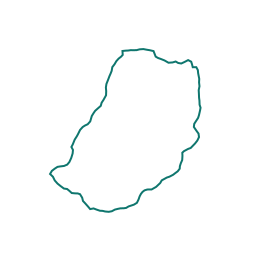 Onda Verde, São Paulo, Brazil, rotated 327°
{"feature_id": "56859067B56132277952557", "entity_name": "Onda Verde", "entity_type": "district", "adm_level": 2, "iso_a3": "BRA", "parent_name": "Brazil", "parent_adm1": "São Paulo", "projection": "robinson", "projection_center": [-49.245, -20.61], "detail": "fine", "context": "isolated", "style": "outline", "palette": "teal", "viewbox_px": 256, "rotation_deg": 327, "n_neighbors": 0, "source": "geoboundaries", "source_scale": "gbopen_adm2", "svg_char_len": 1859}
<svg xmlns="http://www.w3.org/2000/svg" viewBox="0 0 256 256"><g transform="rotate(327 128 128)"><path d="M165.3,60.4L163.4,63.8L161.1,64.4L157.9,64.7L154.6,65.6L151.4,67.2L148.0,68.4L145.4,71.2L143.0,72.9L140.7,74.4L137.3,76.9L133.9,79.3L131.5,82.0L129.8,85.2L127.4,88.6L122.5,91.2L119.7,92.4L117.2,94.6L112.4,95.3L109.8,95.7L107.6,96.6L104.2,98.2L99.9,101.9L96.2,102.9L93.3,102.5L90.5,102.5L86.8,103.5L82.4,106.1L80.3,107.2L77.0,108.7L72.7,111.7L70.2,113.1L69.9,116.4L67.7,119.2L64.1,122.2L60.3,124.6L57.1,125.6L53.7,125.0L50.0,123.2L47.7,122.2L44.4,122.2L40.8,122.5L37.6,124.1L38.5,128.0L38.0,132.1L38.6,136.2L39.8,139.9L41.3,143.9L43.7,146.0L44.6,148.8L45.4,151.9L47.9,153.9L50.2,155.5L51.7,157.4L51.6,161.5L50.5,164.7L51.0,167.5L51.7,172.1L52.1,175.4L55.3,176.7L57.2,179.3L59.4,182.1L61.6,183.7L63.4,185.6L66.2,187.8L69.1,189.0L72.6,189.3L75.5,190.3L78.0,191.3L80.7,193.0L82.9,194.0L85.8,194.1L88.1,194.7L91.2,195.5L94.7,195.6L97.9,193.7L100.5,191.7L103.0,190.3L105.4,189.5L107.9,189.3L110.7,190.1L114.3,192.4L119.5,192.7L125.0,191.7L127.8,190.3L133.6,190.7L136.2,191.4L140.4,191.8L142.7,191.6L146.1,191.4L149.2,190.3L150.7,188.3L153.0,186.4L156.0,184.4L158.5,181.0L160.1,178.3L162.3,177.9L164.8,178.1L167.1,178.3L169.7,178.9L175.8,177.5L179.3,176.3L182.6,174.3L184.1,171.1L183.9,167.5L183.8,163.0L185.8,160.6L188.0,159.6L192.3,157.7L194.5,155.9L198.0,152.5L199.9,150.5L200.7,147.5L202.8,144.0L204.1,141.3L206.0,138.1L207.9,134.8L210.7,131.9L212.4,128.5L214.5,125.6L216.7,120.2L218.1,117.5L218.4,114.2L215.4,112.3L216.4,109.4L217.1,106.8L215.4,103.8L211.2,103.4L207.8,102.9L205.5,100.8L204.2,98.2L201.1,97.3L197.5,95.3L195.4,91.2L193.0,87.8L191.3,85.6L190.1,83.2L190.7,80.3L191.3,77.4L188.6,74.6L186.4,72.6L183.9,70.2L180.7,68.4L177.7,67.4L175.2,65.9L172.7,64.2L170.3,63.1L167.9,61.7L165.3,60.4Z" fill="none" stroke="#0f766e" stroke-width="2"/></g></svg>